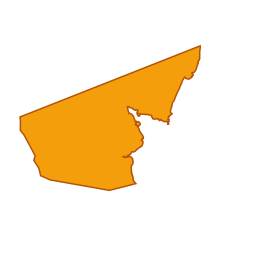 Ngermechau, Melekeok, Palau (Albers equal-area conic projection), rotated 336°
{"feature_id": "81905179B2949458195189", "entity_name": "Ngermechau", "entity_type": "district", "adm_level": 2, "iso_a3": "PLW", "parent_name": "Palau", "parent_adm1": "Melekeok", "projection": "albers", "projection_center": [134.622, 7.54], "detail": "fine", "context": "isolated", "style": "filled", "palette": "amber", "viewbox_px": 256, "rotation_deg": 336, "n_neighbors": 0, "source": "geoboundaries", "source_scale": "gbopen_adm2", "svg_char_len": 5420}
<svg xmlns="http://www.w3.org/2000/svg" viewBox="0 0 256 256"><g transform="rotate(336 128 128)"><path d="M112.6,182.0L112.5,181.5L112.3,180.7L111.9,179.8L111.6,179.3L111.7,178.3L111.6,177.9L111.5,177.4L112.0,176.9L112.3,175.8L112.7,174.7L112.6,173.9L112.8,173.5L112.8,172.7L112.6,172.1L112.5,171.8L112.8,171.4L113.1,171.1L113.1,170.2L113.2,170.3L113.5,169.1L113.7,168.7L114.0,167.7L114.0,167.3L114.3,166.9L114.6,166.2L114.8,165.8L114.9,165.1L115.1,164.9L115.6,164.3L116.0,163.9L117.0,163.2L117.5,163.0L118.1,162.3L118.4,161.7L118.6,161.1L118.9,161.0L119.2,160.2L119.4,159.3L119.6,158.5L119.5,157.4L119.4,156.7L119.0,156.0L118.3,155.0L117.6,154.5L116.4,154.2L115.5,154.4L115.0,154.2L114.5,154.0L114.1,154.0L113.7,153.9L113.4,153.8L112.1,152.6L112.7,152.7L112.9,152.4L113.1,152.9L113.6,153.3L114.5,153.6L115.3,153.7L115.8,153.5L115.9,153.2L117.4,153.0L118.0,153.2L118.5,153.1L118.8,153.1L119.7,153.0L120.2,152.7L120.3,152.4L120.9,152.0L121.5,151.3L122.1,151.4L122.7,151.8L123.4,152.2L124.1,152.1L124.6,152.2L124.9,152.1L125.3,152.1L125.6,151.9L126.4,151.6L127.6,151.3L127.7,151.2L127.9,151.2L128.4,151.1L128.6,150.9L129.4,150.6L130.1,150.5L130.8,150.4L130.9,150.5L131.2,150.3L131.4,150.3L131.8,150.4L132.4,150.2L133.2,150.2L133.9,149.7L134.5,149.0L134.8,148.7L135.1,148.5L135.4,148.0L135.5,147.7L135.7,147.3L135.8,147.0L136.0,146.8L136.2,146.3L136.0,146.1L135.9,145.9L135.6,145.6L135.6,145.2L135.8,145.1L135.7,144.9L135.4,145.0L135.2,144.8L135.5,144.5L135.7,144.1L135.9,144.0L136.2,143.8L136.4,143.8L136.7,143.5L136.8,143.7L136.8,143.9L137.3,144.1L137.7,143.8L138.1,143.3L138.2,142.8L138.4,142.2L138.3,141.5L138.4,141.1L138.2,140.4L138.2,140.0L138.1,139.6L137.9,139.3L137.9,138.9L137.8,138.5L137.8,137.8L137.7,137.4L137.6,137.0L137.6,136.3L137.4,136.1L137.4,135.3L137.4,134.9L137.6,134.2L137.6,133.6L137.6,132.9L137.5,132.6L137.6,132.2L137.6,131.7L137.4,131.3L137.5,131.0L137.3,130.6L137.2,130.3L137.1,129.5L136.8,128.8L136.6,128.2L136.2,128.1L136.3,127.8L136.6,127.7L136.6,127.2L137.0,126.7L137.2,127.0L136.9,127.3L136.8,127.8L137.0,128.4L137.1,128.9L137.5,129.5L137.8,130.0L138.3,130.3L138.7,130.5L139.7,130.1L140.1,130.0L140.4,129.8L140.6,129.5L140.9,129.2L141.0,128.9L141.0,128.6L140.5,127.5L140.5,127.2L140.2,126.7L139.7,126.3L139.2,126.1L138.4,126.2L138.5,126.0L138.5,125.5L138.2,125.2L137.8,125.0L137.3,124.8L137.6,122.9L137.5,121.7L137.6,120.8L137.8,120.0L137.7,119.0L137.5,118.4L137.3,117.7L137.1,117.3L136.9,116.8L136.3,116.1L135.9,115.6L135.3,115.2L134.7,115.1L134.7,114.8L135.1,114.4L135.1,114.1L135.1,113.0L135.1,112.3L135.2,112.0L135.2,111.8L135.4,111.5L135.3,111.1L135.8,110.0L135.8,109.5L136.0,108.7L136.1,108.4L137.5,108.7L137.4,109.2L137.6,109.5L137.7,109.8L138.1,110.1L138.9,110.7L139.7,111.1L140.0,112.1L140.3,112.7L140.7,112.7L141.0,113.7L141.5,114.4L141.7,114.8L143.4,114.8L143.5,114.8L144.2,116.0L143.9,116.3L143.4,116.5L143.1,116.8L142.8,117.1L142.8,117.7L142.4,117.8L142.2,118.4L142.1,119.1L142.0,119.7L142.1,120.3L142.1,120.6L142.2,120.9L142.5,121.5L142.9,121.6L143.4,121.7L143.8,121.4L144.0,120.9L144.2,120.3L143.9,119.9L143.9,119.3L144.2,119.7L144.5,120.0L144.8,120.4L145.4,120.6L145.7,120.8L146.1,120.8L146.7,121.1L147.9,121.7L148.9,122.3L149.1,122.7L150.1,123.1L150.3,123.0L150.5,123.2L151.5,123.8L151.8,123.8L152.3,124.2L152.5,124.5L153.0,124.7L153.6,125.4L154.2,126.0L154.5,126.3L154.5,126.6L154.4,127.0L154.2,127.4L154.3,127.8L154.4,128.3L154.7,128.6L154.5,129.0L154.4,129.4L154.7,130.0L155.4,130.3L155.9,130.7L156.4,130.9L157.0,131.1L157.6,131.2L158.0,131.2L158.5,131.4L158.8,131.7L159.2,131.8L159.0,132.2L159.1,132.4L159.4,132.5L159.5,132.8L159.5,133.4L159.9,134.0L160.1,133.9L160.6,133.9L160.9,133.7L161.5,133.6L161.7,133.9L161.3,134.2L161.6,134.6L162.3,135.3L163.1,136.0L163.2,136.5L163.7,137.0L164.2,137.0L164.6,137.3L164.9,137.5L165.2,137.7L165.5,137.5L165.9,137.7L166.8,138.4L165.8,140.7L166.6,141.0L167.7,138.5L168.2,138.6L168.9,137.0L168.6,136.8L168.2,136.6L168.5,136.5L168.8,135.9L168.9,135.4L169.0,135.3L169.4,135.0L169.2,134.7L169.4,134.5L169.9,134.4L170.2,134.2L170.0,133.8L170.5,133.7L171.2,133.7L171.7,133.6L172.3,133.4L172.9,133.4L173.6,133.3L173.7,133.1L174.1,132.7L174.0,132.4L173.5,131.9L173.1,131.4L173.1,131.1L174.6,128.2L175.8,127.3L176.9,125.9L178.0,124.3L178.7,123.3L179.4,122.7L180.1,122.2L181.0,121.8L182.0,121.0L183.2,119.7L184.4,118.5L184.8,118.2L185.4,117.5L186.4,116.8L186.9,116.0L188.4,115.0L189.7,113.8L191.2,112.7L192.2,111.5L193.6,110.1L195.0,109.1L196.1,107.8L197.3,106.6L198.5,105.8L199.4,105.2L200.3,104.8L200.8,104.7L200.9,104.9L200.8,105.3L201.1,106.3L201.3,106.5L201.9,107.0L202.4,107.4L203.1,107.9L203.7,108.1L204.3,108.0L204.8,108.0L205.8,107.8L206.4,107.7L206.9,107.5L207.2,107.2L207.1,106.7L207.5,106.6L207.8,107.0L208.2,106.7L208.8,106.4L209.2,106.0L209.3,105.4L209.2,105.0L208.9,104.7L208.5,104.2L208.7,103.7L209.2,103.4L209.9,103.7L210.6,103.9L211.2,104.0L211.9,103.6L212.7,103.1L213.5,102.7L214.0,102.2L214.5,101.7L214.8,101.3L215.4,100.5L216.4,99.5L217.2,98.7L217.8,98.0L217.8,97.4L218.8,97.1L218.8,96.4L219.0,96.2L219.1,95.7L219.9,95.4L220.7,94.9L220.9,94.5L221.2,94.4L221.3,93.9L221.7,93.8L221.8,93.5L222.1,93.1L221.9,92.8L222.2,92.4L222.9,91.2L223.4,90.1L223.7,89.2L224.2,88.2L224.5,87.6L224.9,87.0L225.4,86.1L226.1,85.0L226.7,83.9L227.1,83.0L227.3,82.3L33.8,74.0L32.9,77.1L28.7,86.3L30.2,92.2L31.9,115.6L28.8,119.2L30.2,128.5L28.8,136.0L35.7,143.7L85.6,177.4L112.6,182.0Z" fill="#f59e0b" stroke="#b45309" stroke-width="1.5"/></g></svg>